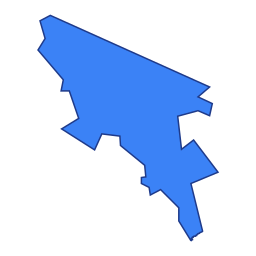 Lainya, Central Equatoria, South Sudan (Mercator projection)
{"feature_id": "79223893B40788586970477", "entity_name": "Lainya", "entity_type": "district", "adm_level": 2, "iso_a3": "SSD", "parent_name": "South Sudan", "parent_adm1": "Central Equatoria", "projection": "mercator", "projection_center": [31.019, 4.203], "detail": "fine", "context": "isolated", "style": "filled", "palette": "blue", "viewbox_px": 256, "rotation_deg": 0, "n_neighbors": 0, "source": "geoboundaries", "source_scale": "gbopen_adm2", "svg_char_len": 1085}
<svg xmlns="http://www.w3.org/2000/svg" viewBox="0 0 256 256"><path d="M190.7,240.3L191.2,240.6L191.5,240.3L191.5,239.9L192.0,239.8L192.5,239.7L192.5,239.4L192.2,239.1L191.8,239.0L191.4,238.7L191.4,238.3L191.9,238.1L192.2,237.8L192.3,237.4L192.4,237.1L192.9,237.1L193.2,237.3L193.4,237.1L193.4,236.8L193.6,236.4L193.9,236.2L194.4,236.2L194.6,236.1L194.9,236.2L195.3,236.2L195.6,236.2L195.8,235.7L195.9,235.4L196.4,235.4L196.7,235.4L196.7,235.0L196.9,234.6L197.2,234.4L197.5,234.1L197.9,234.1L198.1,233.9L198.1,233.6L198.5,233.4L198.9,233.4L199.3,233.4L199.6,233.2L199.8,232.7L200.0,232.5L200.8,232.3L201.4,232.0L201.9,231.9L202.3,231.5L202.6,231.2L190.9,183.5L218.0,172.2L193.6,140.0L181.5,149.3L177.7,116.2L198.0,110.7L209.6,115.7L212.3,103.6L198.0,96.9L209.6,87.0L50.3,15.4L40.0,20.8L45.1,38.5L38.0,50.0L63.3,79.8L61.1,90.9L69.3,90.9L78.7,118.4L61.6,128.9L94.6,149.9L101.8,133.9L119.9,136.1L120.5,145.5L144.7,165.3L145.8,176.9L141.4,177.5L141.4,183.5L149.1,187.4L150.3,195.0L160.6,189.6L178.8,207.8L178.8,221.0L190.7,240.3Z" fill="#3b82f6" stroke="#1e3a8a" stroke-width="1.5"/></svg>